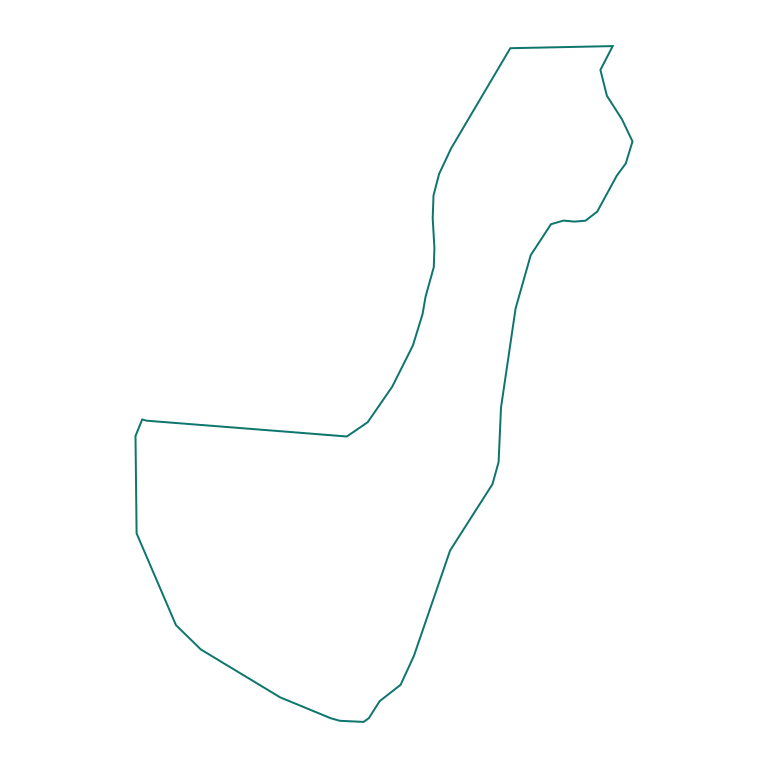 outline of Zamboanga
{"feature_id": "PHL-4932", "entity_name": "Zamboanga", "entity_type": "Highly Urbanized City", "adm_level": 1, "iso_a3": "PHL", "parent_name": "Philippines", "parent_adm1": "", "projection": "robinson", "projection_center": [122.183, 7.185], "detail": "fine", "context": "isolated", "style": "outline", "palette": "teal", "viewbox_px": 768, "rotation_deg": 0, "n_neighbors": 0, "source": "natural_earth", "source_scale": "10m", "svg_char_len": 698}
<svg xmlns="http://www.w3.org/2000/svg" viewBox="0 0 768 768"><path d="M612.7,46.1L600.4,69.9L606.9,95.8L621.9,119.2L632.5,141.4L625.8,163.4L616.7,175.8L597.3,211.5L585.5,220.7L574.5,221.6L563.5,220.6L551.0,224.2L530.7,255.2L515.6,308.4L501.0,407.6L498.6,462.0L492.5,484.1L450.1,550.5L413.9,655.9L400.6,684.8L379.7,701.1L368.8,718.2L363.6,721.9L339.9,720.8L330.6,718.2L280.2,697.4L200.9,649.5L176.0,625.2L136.6,533.4L135.5,436.0L142.2,419.5L142.4,419.5L146.7,420.7L346.8,436.5L366.4,423.1L367.7,422.2L392.2,386.7L412.9,345.5L422.6,313.9L425.6,296.5L433.8,267.1L434.4,247.7L432.7,218.3L433.5,195.5L439.1,173.9L451.1,148.4L510.3,48.2L612.7,46.1Z" fill="none" stroke="#0f766e" stroke-width="2"/></svg>